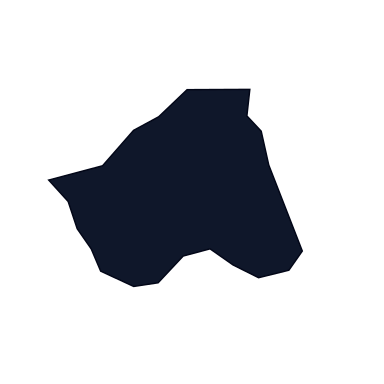 an SVG outline of Qormi, rotated 305°
{"feature_id": "MLT-5945", "entity_name": "Qormi", "entity_type": "state/province", "adm_level": 1, "iso_a3": "MLT", "parent_name": "Malta", "parent_adm1": "", "projection": "robinson", "projection_center": [14.465, 35.875], "detail": "fine", "context": "isolated", "style": "filled", "palette": "ink", "viewbox_px": 384, "rotation_deg": 305, "n_neighbors": 0, "source": "natural_earth", "source_scale": "10m", "svg_char_len": 428}
<svg xmlns="http://www.w3.org/2000/svg" viewBox="0 0 384 384"><g transform="rotate(305 192 192)"><path d="M160.0,295.7L155.8,267.5L155.8,239.4L134.5,221.5L98.2,216.3L81.2,198.4L74.8,162.6L87.6,142.1L96.1,119.0L113.2,96.0L119.6,67.8L162.2,103.7L209.0,108.8L234.6,121.6L273.0,129.3L309.2,180.5L285.8,193.3L281.5,213.8L258.1,239.4L206.9,316.2L183.5,316.2L160.0,295.7Z" fill="#0f172a" stroke="#020617" stroke-width="1.5"/></g></svg>